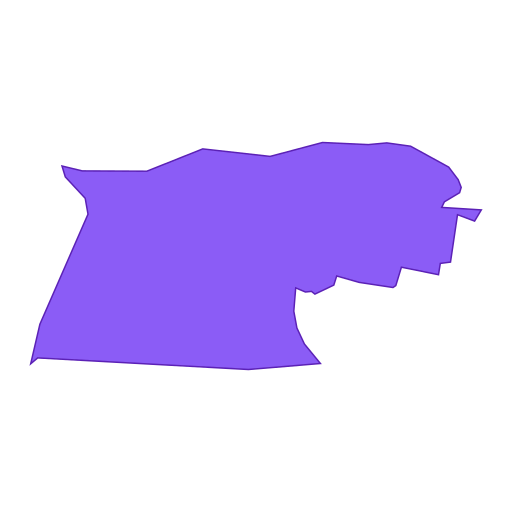 Palmerstown-Fonthill Lea-5, South Dublin, Ireland (Robinson projection)
{"feature_id": "5873133B26300601338838", "entity_name": "Palmerstown-Fonthill Lea-5", "entity_type": "district", "adm_level": 2, "iso_a3": "IRL", "parent_name": "Ireland", "parent_adm1": "South Dublin", "projection": "robinson", "projection_center": [-6.384, 53.348], "detail": "fine", "context": "isolated", "style": "filled", "palette": "violet", "viewbox_px": 512, "rotation_deg": 0, "n_neighbors": 0, "source": "geoboundaries", "source_scale": "gbopen_adm2", "svg_char_len": 640}
<svg xmlns="http://www.w3.org/2000/svg" viewBox="0 0 512 512"><path d="M481.3,209.9L441.7,207.4L444.4,201.8L459.6,192.7L461.2,187.4L458.2,179.7L448.7,167.1L410.6,146.2L386.8,142.9L368.3,144.6L322.5,142.5L270.1,156.4L202.7,148.9L146.8,171.2L82.2,170.9L62.0,166.0L65.3,176.9L85.2,198.3L88.0,214.2L39.9,324.2L30.7,363.8L37.7,357.9L248.4,369.5L320.4,363.5L304.4,344.0L296.9,328.0L293.8,311.2L295.7,287.9L305.4,292.0L311.5,291.4L314.9,294.1L333.8,285.1L336.7,276.0L359.2,282.4L393.0,287.5L395.8,285.6L401.4,267.2L438.5,274.7L440.3,263.4L450.5,262.1L457.5,214.7L474.6,221.1L481.3,209.9Z" fill="#8b5cf6" stroke="#5b21b6" stroke-width="1.5"/></svg>